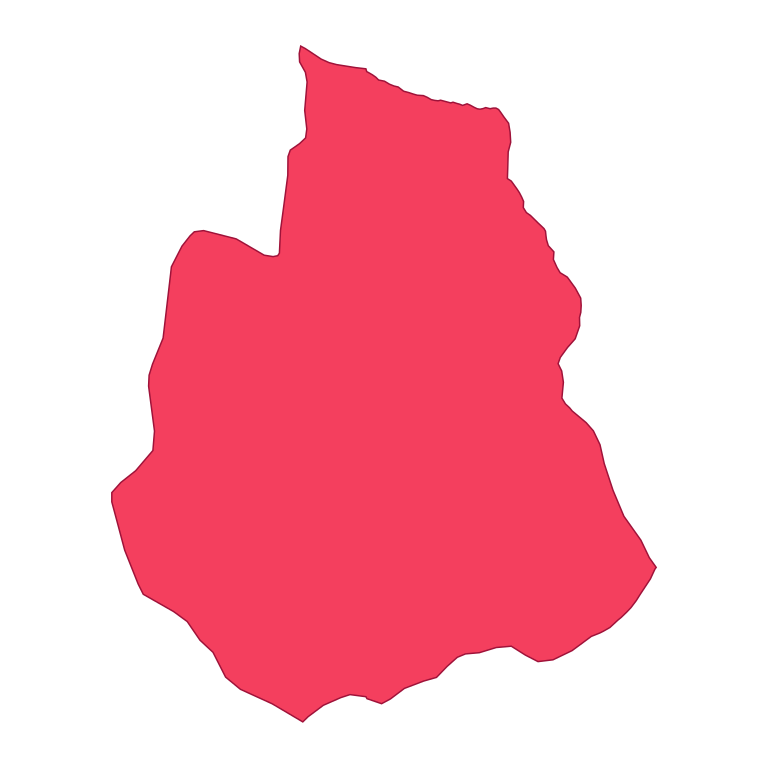 Jurmey, Mongar, Bhutan
{"feature_id": "84629894B48851567249316", "entity_name": "Jurmey", "entity_type": "district", "adm_level": 2, "iso_a3": "BTN", "parent_name": "Bhutan", "parent_adm1": "Mongar", "projection": "equal_earth", "projection_center": [91.257, 27.093], "detail": "fine", "context": "isolated", "style": "filled", "palette": "rose", "viewbox_px": 768, "rotation_deg": 0, "n_neighbors": 0, "source": "geoboundaries", "source_scale": "gbopen_adm2", "svg_char_len": 2253}
<svg xmlns="http://www.w3.org/2000/svg" viewBox="0 0 768 768"><path d="M656.2,567.4L649.3,557.7L640.9,540.2L623.9,516.3L613.0,490.3L604.2,463.5L600.0,444.7L593.4,430.9L586.2,422.7L572.2,411.0L569.7,407.9L565.4,403.9L561.9,398.1L563.4,382.3L561.7,371.0L558.1,363.7L560.3,357.4L567.5,347.5L575.2,338.8L579.7,325.8L579.5,317.4L580.8,312.4L581.2,305.5L580.7,298.1L575.3,288.1L571.8,283.3L567.3,277.1L560.1,272.7L557.0,267.5L553.4,259.5L553.9,251.9L550.5,248.1L548.3,245.7L546.5,239.7L546.0,236.0L545.5,231.2L544.0,228.6L537.9,222.8L530.6,215.6L526.4,212.6L523.3,207.6L523.6,201.5L521.7,197.1L519.4,192.7L516.9,188.9L511.3,181.1L507.4,178.6L507.7,169.8L508.2,151.9L510.7,142.3L510.1,132.3L508.6,123.3L503.7,116.7L500.8,112.5L498.6,109.5L496.0,108.1L493.1,108.1L490.1,108.7L485.7,107.6L483.0,108.6L480.0,109.2L477.3,108.8L474.3,107.4L470.3,105.2L467.1,103.8L462.6,105.4L459.7,104.2L456.7,103.4L453.0,102.2L450.7,102.9L440.6,100.2L438.1,100.8L434.7,100.4L431.2,99.6L427.4,97.4L423.4,95.6L417.2,95.2L413.1,94.0L408.9,92.6L403.6,91.2L398.2,87.0L394.0,86.0L389.5,84.2L384.5,81.2L378.6,80.0L375.8,77.2L372.4,74.8L368.6,72.6L366.7,71.6L365.9,68.8L355.5,67.6L336.6,64.6L329.0,62.6L321.2,59.1L305.2,48.5L300.7,46.1L299.2,53.6L299.6,61.9L305.4,72.3L307.1,82.0L304.7,110.4L306.8,129.0L305.6,137.9L299.6,143.6L290.3,150.1L288.0,156.6L287.9,165.4L287.8,175.2L284.1,203.5L280.5,230.4L279.4,253.2L277.7,255.7L273.1,256.6L264.2,255.2L236.2,238.9L203.6,230.6L194.3,231.8L190.2,235.7L182.0,246.1L178.1,253.7L171.4,266.8L170.5,274.9L163.1,338.1L152.5,364.2L149.1,375.2L148.6,386.1L154.5,431.1L152.9,450.5L135.7,470.7L120.8,482.5L111.8,492.6L111.8,501.9L117.2,522.0L124.7,550.2L138.2,584.1L143.3,594.3L173.5,611.5L187.2,621.5L200.0,640.2L213.0,652.3L225.6,677.1L240.4,689.3L272.2,703.8L302.8,721.9L308.1,716.7L323.3,705.3L340.8,697.6L350.0,694.6L365.9,696.7L367.0,698.7L381.6,703.7L390.5,698.9L404.4,688.4L423.5,681.1L436.5,677.4L447.1,666.4L457.3,657.3L465.5,653.9L479.3,652.7L496.3,647.5L505.8,646.7L511.3,646.2L525.4,655.1L538.0,661.6L553.0,659.8L572.1,650.6L591.3,636.4L599.8,633.0L603.2,631.3L609.9,627.5L617.9,620.1L621.1,617.5L626.8,612.0L630.9,607.7L636.2,600.7L640.1,594.5L650.4,578.9L654.9,569.2L656.2,567.4Z" fill="#f43f5e" stroke="#9f1239" stroke-width="1.5"/></svg>